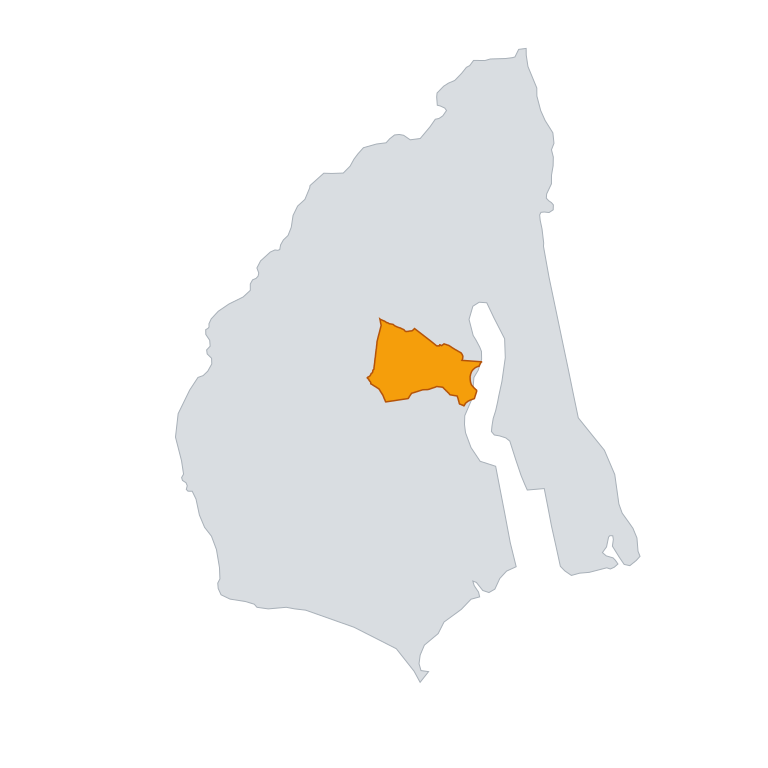 Koumpentoum, Tambacounda, Senegal (highlighted), rotated 258°
{"feature_id": "50182788B60464160168835", "entity_name": "Koumpentoum", "entity_type": "district", "adm_level": 2, "iso_a3": "SEN", "parent_name": "Senegal", "parent_adm1": "Tambacounda", "projection": "orthographic", "projection_center": [-14.431, 14.084], "detail": "fine", "context": "in_parent", "style": "filled", "palette": "amber", "viewbox_px": 768, "rotation_deg": 258, "n_neighbors": 0, "source": "geoboundaries", "source_scale": "gbopen_adm2", "svg_char_len": 8869}
<svg xmlns="http://www.w3.org/2000/svg" viewBox="0 0 768 768"><g transform="rotate(258 384 384)"><path d="M593.5,352.9L602.7,368.9L600.8,376.7L598.8,388.0L604.1,396.1L610.2,401.4L614.5,406.3L619.4,413.0L620.3,426.5L619.5,436.2L622.7,440.6L625.4,446.1L624.9,450.8L623.2,454.9L617.4,460.4L616.6,470.5L626.1,482.6L632.3,489.2L632.3,493.0L634.0,497.2L638.5,502.0L641.3,500.8L644.3,496.8L645.6,494.1L653.8,495.2L657.6,496.4L662.9,504.3L664.9,509.6L666.2,516.3L671.8,524.6L676.6,530.4L677.6,534.0L681.9,538.9L679.4,550.0L679.8,555.6L677.1,570.5L676.5,577.5L676.7,580.1L683.3,585.3L682.7,592.8L676.1,591.5L664.6,590.8L641.8,595.0L633.9,593.4L618.9,594.1L608.2,596.4L594.6,601.4L584.1,600.3L578.3,596.5L570.8,596.8L562.3,594.8L553.3,591.2L545.0,589.4L536.1,582.6L532.0,581.4L529.0,583.2L526.6,585.5L524.0,586.9L519.2,585.7L517.4,581.1L518.9,576.6L519.3,573.2L517.0,571.4L511.6,570.8L502.8,570.8L488.7,569.5L485.5,568.6L453.9,567.6L421.1,567.5L393.3,567.4L358.2,567.3L333.5,567.1L310.5,567.0L292.7,576.0L273.4,585.8L247.5,590.9L217.8,588.8L208.2,590.1L198.4,594.4L191.1,597.5L180.8,599.4L167.6,597.7L162.2,598.6L158.9,594.0L155.2,586.7L157.6,581.4L165.7,578.1L177.9,573.7L184.2,576.0L188.0,576.2L188.7,573.3L187.5,571.8L178.4,567.8L173.7,562.6L169.7,565.6L166.3,571.9L163.4,573.7L159.3,575.4L156.9,571.1L156.0,566.9L157.9,563.7L157.1,545.6L158.3,536.0L157.8,527.5L163.6,522.0L169.0,518.6L190.3,518.5L210.0,518.3L229.1,518.7L248.4,519.0L250.5,502.1L256.6,500.8L265.8,499.1L282.9,497.1L302.0,495.2L306.0,491.9L309.2,486.3L311.2,481.3L315.2,479.2L320.5,480.9L327.5,483.6L334.7,487.7L343.0,491.5L348.5,493.8L361.8,499.8L384.5,508.1L403.2,511.4L425.8,505.3L442.1,501.4L444.2,494.1L441.6,487.1L429.5,480.6L412.9,481.3L407.9,483.1L400.2,485.3L395.6,486.1L387.8,484.6L377.9,479.0L371.7,473.3L363.0,470.7L352.7,468.0L336.2,456.4L327.6,454.3L319.4,453.6L303.7,455.9L288.4,462.0L280.3,476.1L264.9,475.8L232.4,475.2L202.5,474.5L177.8,475.3L175.5,465.0L169.7,456.8L160.3,449.8L158.2,443.3L161.5,437.7L170.7,433.1L172.8,429.9L168.0,430.3L160.8,433.2L155.9,433.3L155.4,424.4L147.5,412.8L138.7,393.2L128.6,385.1L120.2,369.2L111.3,363.0L103.1,360.1L96.0,360.6L93.4,367.8L84.7,357.3L96.8,353.7L122.5,341.0L152.3,304.1L179.1,260.3L182.6,249.9L185.9,242.0L188.1,224.0L192.0,213.3L195.6,211.3L200.1,203.1L205.6,188.7L211.7,180.8L218.5,179.3L223.8,180.0L227.5,183.0L238.6,184.9L256.9,185.7L271.0,183.6L281.1,178.7L294.2,176.2L310.5,176.2L319.0,174.1L319.9,170.0L322.0,168.7L325.4,170.4L328.6,169.8L331.6,166.8L334.6,166.6L337.5,169.2L351.1,170.0L375.4,169.0L397.8,176.5L418.5,192.7L429.1,203.4L429.8,208.8L433.2,214.3L439.4,219.7L445.0,220.7L450.2,217.3L454.2,217.6L457.1,221.8L463.0,222.6L469.5,220.0L474.2,220.9L475.0,223.4L476.1,224.7L479.3,225.3L483.6,228.5L489.6,237.0L494.5,249.0L498.4,264.3L503.4,272.7L509.6,274.0L513.2,277.1L513.9,280.8L515.7,283.3L518.7,284.6L523.9,283.8L530.1,288.9L536.7,300.2L537.8,305.2L536.8,308.0L537.2,310.0L541.6,311.8L545.8,315.5L549.2,321.0L556.6,325.9L567.8,330.1L576.0,336.5L581.0,345.0L591.3,352.1L593.5,352.9Z" fill="#d9dde1" stroke="#a8b0b8" stroke-width="1"/><path d="M448.5,393.5L446.7,393.5L444.8,393.4L441.9,393.4L434.6,389.8L432.1,388.5L429.6,387.3L426.9,386.0L426.7,385.9L424.8,385.4L424.0,385.1L423.5,385.0L422.7,384.6L422.1,384.5L421.9,384.4L420.2,383.9L419.6,383.6L419.4,383.5L419.1,383.4L417.8,383.0L417.4,382.8L416.9,382.7L416.5,382.5L416.0,382.4L415.6,382.2L415.3,382.1L414.9,382.0L413.7,381.6L413.4,381.5L413.1,381.5L412.7,381.3L411.3,380.8L410.7,380.5L410.3,380.4L409.6,380.2L409.3,380.0L409.0,380.0L408.8,379.9L408.4,379.8L408.1,379.7L407.6,379.5L406.7,379.3L406.3,379.1L406.0,379.0L405.1,378.7L404.6,378.5L404.3,378.5L404.1,378.3L403.6,378.1L403.3,378.1L402.4,377.7L402.1,377.6L401.8,377.6L400.9,377.3L400.6,377.2L400.4,376.9L400.2,376.6L399.9,376.1L399.7,376.0L399.6,375.9L399.4,375.9L398.8,375.6L398.4,375.6L398.2,375.4L397.9,375.3L397.4,374.8L396.9,373.6L396.6,373.4L396.2,373.2L395.7,372.7L395.3,372.5L395.2,372.3L395.1,372.2L394.9,372.0L394.3,370.7L394.2,370.4L394.2,370.0L394.2,369.9L394.1,369.7L393.5,368.9L393.2,369.2L393.0,369.3L392.7,369.3L392.3,369.6L391.8,370.0L391.4,370.1L391.1,370.1L390.9,370.1L390.7,370.2L390.7,370.3L390.4,370.4L390.1,370.5L389.8,370.6L389.2,371.0L388.3,371.3L387.8,371.3L387.2,371.1L386.9,371.1L386.7,371.5L386.3,371.8L386.0,372.2L385.7,372.5L385.3,372.8L385.0,373.2L384.8,373.4L384.4,373.8L384.2,373.9L383.9,374.2L383.7,374.6L383.2,375.0L382.8,375.5L382.3,376.0L382.2,376.0L381.9,376.3L381.5,376.8L381.3,377.0L381.1,377.2L380.9,377.3L380.7,377.5L380.4,378.0L380.0,378.1L379.6,378.2L379.0,378.6L378.4,378.7L378.2,378.8L377.9,378.8L377.6,379.0L376.4,379.4L376.1,379.5L375.8,379.7L375.5,379.7L375.1,380.0L374.9,380.0L374.6,380.1L374.1,380.2L373.7,380.5L373.2,380.6L372.9,380.6L372.7,380.7L371.3,380.9L371.1,381.0L370.3,381.1L370.1,381.1L369.7,381.2L369.4,381.2L368.7,381.5L368.4,381.5L367.8,381.6L367.2,381.7L366.8,381.8L366.5,381.8L366.4,381.9L366.2,381.9L366.1,382.0L365.7,388.7L365.6,389.6L365.4,394.0L364.8,403.6L364.8,404.7L365.0,405.0L365.4,405.2L366.0,405.9L366.3,406.1L366.6,406.4L367.7,407.5L368.7,408.6L368.9,408.7L369.2,409.0L369.2,409.4L369.3,410.6L369.4,411.4L369.4,412.3L369.5,412.4L369.5,412.7L369.7,414.8L369.7,415.3L369.8,415.6L370.3,420.7L370.3,421.1L370.1,421.6L370.0,422.6L369.8,423.5L369.4,425.8L369.5,426.7L369.5,427.5L369.6,428.0L369.7,428.6L369.7,429.0L369.8,429.2L369.8,429.5L369.9,430.0L369.9,430.5L370.0,431.0L370.0,431.5L370.1,431.8L370.1,432.2L370.1,432.4L370.2,433.3L370.4,433.8L370.4,434.1L370.5,434.7L370.6,434.9L370.5,435.3L369.9,437.0L369.7,437.7L369.4,438.6L369.0,439.7L368.9,439.9L368.6,440.8L368.3,440.9L368.1,441.2L367.7,441.3L367.4,441.6L366.2,442.2L365.7,442.7L365.0,443.1L364.5,443.3L363.9,443.9L363.3,444.2L363.0,444.4L362.4,444.7L362.2,445.0L361.4,445.5L361.1,445.6L360.3,446.0L359.9,446.2L359.7,446.4L359.2,447.7L357.7,451.3L357.7,451.6L357.6,451.9L357.4,452.1L357.1,453.0L356.8,453.1L356.1,453.2L355.4,453.2L354.7,453.4L354.0,453.4L353.7,453.5L353.2,453.4L352.7,453.4L352.0,453.6L351.6,453.5L350.6,453.6L350.1,453.6L349.3,453.6L348.9,453.7L348.8,453.9L348.5,454.0L348.2,454.7L348.0,454.9L347.8,455.2L347.6,455.4L347.6,455.5L347.2,456.0L347.1,456.4L346.8,456.6L346.8,456.9L346.2,457.3L346.3,457.6L346.1,457.8L346.1,458.0L346.5,458.2L347.4,459.0L347.7,459.2L347.8,459.5L348.2,459.7L348.7,460.6L349.3,461.9L349.8,462.8L349.8,463.2L349.9,463.4L350.0,464.0L350.2,464.5L350.3,464.9L350.4,465.5L350.6,467.1L350.6,467.3L350.7,467.5L350.7,467.8L350.7,468.0L350.8,468.5L350.9,469.3L351.1,469.5L351.4,469.6L351.6,469.7L351.9,469.9L352.8,470.4L353.2,470.6L354.1,471.1L354.4,471.4L354.7,471.5L355.0,471.6L355.3,471.8L355.6,471.9L355.7,472.1L356.0,472.2L356.8,472.7L357.1,472.9L357.4,473.0L357.5,473.1L357.8,473.1L358.4,473.3L358.9,473.2L359.4,472.7L359.5,472.6L360.0,472.3L360.3,472.1L360.6,471.9L360.9,471.7L361.3,471.4L361.7,471.1L362.0,471.0L363.0,470.4L364.1,469.8L364.6,469.5L364.8,469.5L365.0,469.4L365.3,469.3L366.5,469.1L367.3,469.1L367.5,469.0L368.2,469.0L368.5,469.1L368.8,469.1L369.7,469.1L369.9,469.2L370.6,469.2L371.9,469.5L372.6,469.6L373.6,469.8L374.2,470.2L375.3,470.6L376.1,471.1L376.5,471.3L376.9,471.6L377.2,471.8L377.8,472.2L378.1,472.4L378.3,472.6L378.8,473.2L379.3,473.7L379.4,474.0L379.7,474.3L379.8,474.4L380.2,475.2L380.4,475.7L380.6,475.9L380.7,476.1L380.8,476.3L381.1,477.0L381.3,477.8L381.5,478.7L381.6,479.7L381.7,480.0L381.6,480.5L381.7,480.8L381.9,481.0L382.2,481.1L383.0,481.6L383.3,481.9L383.7,482.1L383.9,482.4L384.1,482.5L384.5,483.0L384.8,483.1L385.1,483.6L385.3,484.0L385.5,483.9L390.9,465.2L391.1,465.4L391.5,465.6L392.0,465.9L392.2,466.0L392.6,466.3L393.2,466.4L393.6,466.6L394.6,466.9L395.2,466.9L395.4,466.8L396.2,466.7L397.2,466.4L397.8,466.1L398.2,466.0L398.5,465.8L398.6,465.6L399.0,465.3L399.6,464.5L399.8,464.3L400.0,464.1L400.2,463.9L400.4,463.6L400.8,463.2L402.0,461.9L402.2,461.7L402.7,461.0L404.0,459.7L405.5,458.1L406.6,457.1L407.1,456.6L407.9,455.7L408.1,455.6L408.7,454.7L408.8,454.3L409.3,453.6L409.7,453.0L410.0,452.5L410.1,452.1L410.5,451.4L410.8,451.1L410.4,450.3L410.3,450.0L410.1,449.6L410.0,449.4L409.9,449.1L409.7,448.8L409.5,448.4L410.3,447.4L410.8,446.8L410.8,446.7L410.6,446.6L409.9,446.3L409.8,446.1L409.8,445.9L410.0,445.4L410.0,445.0L410.2,444.0L410.4,443.4L413.5,440.9L416.2,438.7L431.9,425.4L430.4,423.0L430.2,422.4L430.5,419.9L430.4,419.1L430.5,418.9L430.4,418.7L430.5,418.5L430.5,418.3L430.6,417.8L430.7,417.5L430.6,417.4L430.6,417.0L430.7,416.9L430.7,416.6L430.8,416.3L431.4,415.6L432.7,414.9L433.0,414.8L433.1,414.6L433.3,414.4L433.5,414.1L433.7,413.8L434.0,413.4L434.2,413.1L434.4,412.8L434.7,412.5L435.4,411.7L435.5,411.3L436.9,409.0L438.8,406.5L440.4,405.3L441.2,403.4L441.9,401.6L442.1,401.4L442.6,401.0L443.0,400.5L443.4,399.8L443.5,399.3L444.2,398.8L445.1,397.9L445.6,397.3L445.9,396.9L446.0,396.5L446.5,396.0L447.8,394.1L448.5,393.5Z" fill="#f59e0b" stroke="#b45309" stroke-width="1.5"/></g></svg>